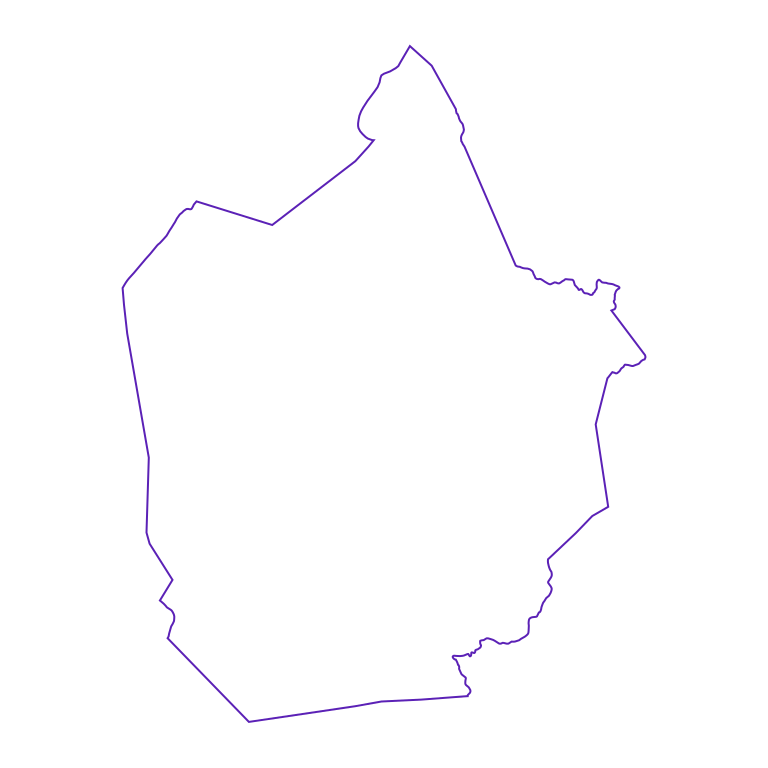 outline of Lepaterique, Francisco Morazán, Honduras
{"feature_id": "27666195B26269396586320", "entity_name": "Lepaterique", "entity_type": "district", "adm_level": 2, "iso_a3": "HND", "parent_name": "Honduras", "parent_adm1": "Francisco Morazán", "projection": "natural_earth1", "projection_center": [-87.431, 14.064], "detail": "fine", "context": "isolated", "style": "outline", "palette": "violet", "viewbox_px": 768, "rotation_deg": 0, "n_neighbors": 0, "source": "geoboundaries", "source_scale": "gbopen_adm2", "svg_char_len": 6103}
<svg xmlns="http://www.w3.org/2000/svg" viewBox="0 0 768 768"><path d="M127.2,333.5L148.8,457.6L146.5,532.6L149.6,543.7L172.5,579.9L159.9,600.5L161.6,601.9L163.7,603.7L165.6,605.7L166.7,607.1L167.1,607.5L170.6,609.7L171.4,610.3L172.2,611.3L173.0,612.7L173.8,614.4L174.2,615.9L174.3,616.9L174.2,619.0L174.1,620.2L173.9,621.3L173.1,623.0L172.4,624.4L171.5,625.8L171.0,627.0L169.1,633.7L168.6,636.4L168.3,637.0L167.6,638.2L248.9,721.9L355.3,706.2L381.5,701.5L421.4,699.6L467.7,696.1L467.7,695.4L467.8,695.1L468.7,694.1L469.7,693.1L470.1,692.5L470.4,691.6L470.4,690.7L470.3,690.1L470.1,689.7L468.8,687.4L467.9,686.6L466.2,685.2L465.7,684.6L465.4,684.0L465.3,683.3L465.3,682.4L465.4,680.7L465.8,678.8L465.8,678.2L465.7,677.7L465.5,677.4L465.2,677.2L462.3,674.9L461.7,674.4L461.3,673.8L459.1,668.9L459.1,668.5L459.2,667.7L459.2,667.2L459.1,666.4L458.8,665.7L458.6,665.2L458.0,664.8L457.7,663.6L457.2,662.3L456.0,659.9L455.7,659.5L455.0,659.5L454.7,659.3L453.9,658.8L453.4,658.3L453.0,657.7L452.8,657.3L452.7,656.8L452.9,656.3L453.4,655.9L454.1,655.7L455.9,655.9L460.0,656.1L462.7,655.8L464.0,655.5L467.1,654.2L467.9,654.0L468.2,654.0L468.5,654.3L469.7,656.2L470.1,656.3L470.4,656.2L470.8,655.9L471.1,655.2L471.2,654.6L471.3,653.2L471.4,652.6L471.5,652.5L471.7,652.4L472.5,652.5L473.2,652.7L473.9,653.0L474.2,653.0L474.6,652.8L474.8,652.6L475.2,651.8L475.3,651.2L475.3,650.5L475.5,650.2L476.3,649.7L477.6,649.4L479.8,647.9L480.4,647.4L480.8,646.5L481.0,645.6L481.0,645.2L480.6,644.6L480.4,644.1L480.2,643.2L480.1,641.8L480.2,641.1L480.3,640.8L480.8,640.6L481.9,640.3L482.7,640.2L483.7,640.1L486.1,638.6L486.8,638.3L487.8,638.3L489.0,638.6L491.0,639.2L493.1,639.9L494.8,640.8L499.0,643.5L499.4,643.6L500.0,643.7L500.9,643.6L501.5,643.4L502.4,642.9L503.4,642.9L504.1,643.0L506.4,643.6L507.2,643.7L507.9,643.7L508.4,643.6L508.8,643.4L511.6,641.6L511.9,641.6L512.8,641.7L514.8,641.6L517.1,640.9L519.2,640.2L519.6,639.9L520.9,638.9L524.6,636.8L525.6,636.1L526.9,635.0L527.6,634.3L527.9,633.9L528.2,633.3L528.4,632.7L528.6,630.9L528.8,626.4L528.8,625.2L528.6,623.7L528.6,622.7L528.8,620.7L529.0,619.7L529.3,619.1L529.6,618.6L530.1,618.2L530.6,617.9L531.3,617.5L532.5,617.2L536.1,616.8L536.6,616.6L537.0,616.3L538.8,612.6L539.0,612.4L539.5,612.3L539.8,612.1L540.2,611.6L540.6,610.9L541.1,609.4L541.4,607.6L541.6,606.8L542.5,604.3L543.2,602.6L544.3,601.2L546.2,598.1L549.0,595.7L550.6,592.9L551.4,590.7L551.6,589.7L551.7,588.9L551.6,588.3L551.4,587.6L550.7,586.3L548.5,583.3L548.2,582.8L548.1,582.3L548.1,582.0L548.3,581.5L550.7,577.9L551.2,577.0L551.5,576.3L551.7,575.7L551.8,574.7L551.7,573.4L551.5,572.2L551.2,571.5L550.5,570.5L549.8,569.1L549.1,567.3L548.6,565.5L548.0,562.8L547.9,560.9L548.0,559.3L576.0,532.9L592.3,516.0L608.2,506.8L595.7,424.4L607.4,378.3L608.2,377.4L610.0,375.1L611.7,372.9L612.4,372.1L612.6,372.1L612.9,372.4L613.1,372.5L614.5,372.7L615.2,373.1L615.7,373.3L616.7,373.3L617.2,373.1L617.5,372.9L619.5,371.2L620.0,370.5L620.7,369.3L621.2,368.6L621.6,368.2L622.6,367.5L623.5,366.8L624.1,365.7L624.8,364.8L625.0,364.7L625.5,364.7L628.2,365.0L631.5,365.9L632.2,366.0L633.0,366.0L633.8,365.7L635.8,364.9L637.8,364.2L639.0,363.6L641.3,361.0L643.0,359.9L643.9,359.6L644.6,359.4L645.4,357.6L645.4,356.4L645.0,355.1L611.4,310.5L614.6,309.2L615.1,308.5L615.5,307.6L615.6,307.2L615.7,306.5L615.6,305.7L615.5,305.0L615.2,304.3L614.5,303.3L614.1,302.6L613.9,302.0L613.8,301.5L613.9,301.0L614.4,300.2L614.7,299.6L614.7,297.8L614.9,295.9L614.9,295.5L614.7,294.9L614.8,294.6L615.7,291.8L616.4,290.5L617.8,289.2L618.2,288.9L618.9,288.6L619.3,288.2L619.4,287.9L619.4,287.4L619.1,287.1L618.6,286.6L617.4,286.1L615.2,285.3L613.6,284.5L612.3,284.1L611.2,283.9L609.5,283.7L608.1,283.5L607.4,283.3L606.5,282.9L605.9,282.8L604.1,282.7L602.2,282.4L601.7,282.0L599.7,280.1L599.1,279.8L598.6,279.8L598.2,280.1L597.7,280.7L597.0,281.7L596.8,282.4L596.7,283.3L596.6,284.4L596.7,285.7L596.8,287.5L596.7,288.2L596.5,288.8L595.4,290.3L594.3,292.3L593.9,292.6L593.4,292.9L593.0,293.3L592.9,293.6L592.8,294.1L592.6,294.4L592.2,294.7L591.8,294.9L591.2,294.9L590.5,294.9L590.0,294.7L588.9,294.1L588.0,293.7L586.8,293.4L585.4,293.3L584.8,293.2L584.3,292.9L583.9,292.6L583.5,292.2L582.2,289.9L581.7,289.4L581.4,289.1L581.0,289.1L580.6,289.1L580.3,289.3L579.7,289.8L579.2,289.9L578.8,289.9L578.6,289.7L578.3,289.0L577.5,287.9L574.8,285.0L573.7,281.2L573.1,280.3L572.5,279.8L571.9,279.7L568.1,279.4L566.4,279.2L565.5,279.2L564.9,279.5L563.9,280.4L562.5,281.1L560.5,282.6L559.1,283.4L558.6,283.4L557.9,283.3L557.2,283.1L556.2,282.6L555.3,282.5L554.7,282.4L554.3,282.5L553.5,282.9L550.7,284.2L550.1,284.3L549.5,284.2L549.0,284.0L547.9,283.5L544.8,281.7L542.5,280.1L540.8,279.1L540.2,279.0L539.5,278.9L538.3,279.2L537.6,279.1L536.7,278.9L535.9,278.4L535.5,278.1L535.2,277.5L534.6,276.0L533.6,274.1L533.0,272.3L532.5,271.3L532.2,271.0L530.1,269.4L527.6,268.6L524.7,268.4L523.0,268.1L521.3,267.5L519.8,266.8L518.1,266.6L517.3,266.4L516.5,266.0L515.7,265.5L464.5,146.6L462.7,143.9L462.2,142.6L461.8,141.9L461.3,141.2L461.1,139.1L461.0,137.6L461.3,136.0L462.0,134.4L462.7,133.3L463.4,132.0L463.7,130.8L463.9,129.6L463.3,126.7L463.0,125.2L462.5,123.9L461.5,122.6L460.7,121.7L460.0,120.6L459.0,118.3L458.7,116.8L457.6,114.1L456.6,113.3L456.3,112.0L456.0,110.7L455.9,109.2L431.7,65.7L409.9,46.1L400.4,62.3L398.3,66.1L395.8,68.1L390.1,71.4L384.0,73.7L381.4,75.4L380.4,78.1L379.6,82.3L377.6,87.1L374.5,91.5L367.5,100.8L363.2,107.5L361.1,111.3L359.4,115.7L358.6,119.8L358.1,123.3L358.1,126.0L358.5,128.1L360.2,131.3L362.5,134.0L365.6,137.0L367.9,138.6L370.7,139.6L372.2,140.1L373.7,140.2L368.6,146.5L355.4,161.1L272.2,225.0L196.5,201.4L193.8,204.6L193.2,206.0L192.4,207.5L191.8,208.5L191.4,209.0L190.8,209.2L190.1,209.3L189.5,209.2L188.0,208.9L186.8,209.0L186.4,209.1L185.3,209.8L183.6,211.0L183.0,211.6L182.2,212.5L179.8,214.4L176.9,218.5L174.9,222.3L173.9,223.8L171.5,227.7L169.6,230.5L167.3,234.5L166.5,235.8L163.0,239.7L160.2,242.7L159.5,243.4L158.5,244.1L157.1,245.5L150.2,253.9L145.7,258.9L134.0,272.8L129.0,278.3L127.4,280.3L125.8,282.6L124.4,284.9L122.6,288.0L124.0,304.8L127.2,333.5Z" fill="none" stroke="#5b21b6" stroke-width="2"/></svg>